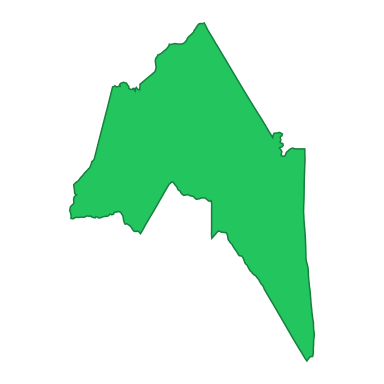 the district of São Mateus, Espírito Santo, Brazil
{"feature_id": "56859067B41614264111090", "entity_name": "São Mateus", "entity_type": "district", "adm_level": 2, "iso_a3": "BRA", "parent_name": "Brazil", "parent_adm1": "Espírito Santo", "projection": "equal_earth", "projection_center": [-40.024, -18.796], "detail": "fine", "context": "isolated", "style": "filled", "palette": "green", "viewbox_px": 384, "rotation_deg": 0, "n_neighbors": 0, "source": "geoboundaries", "source_scale": "gbopen_adm2", "svg_char_len": 5387}
<svg xmlns="http://www.w3.org/2000/svg" viewBox="0 0 384 384"><path d="M112.6,86.9L106.6,110.8L106.0,113.0L100.5,134.3L94.2,159.2L93.2,160.6L91.7,161.7L91.4,163.5L90.8,165.1L90.4,166.3L89.7,167.8L88.5,168.8L87.7,169.8L86.4,171.2L85.0,172.4L83.9,174.0L82.3,175.9L81.0,177.2L79.9,178.6L78.8,180.2L77.8,181.2L76.5,182.0L74.8,183.5L73.7,184.9L73.9,186.7L74.2,188.4L74.4,189.9L74.5,191.3L74.7,193.6L76.6,194.8L74.5,196.5L73.7,198.3L73.6,200.9L74.0,202.2L73.5,203.8L72.3,204.8L71.3,205.8L70.4,206.9L70.0,209.1L69.7,210.5L70.2,211.8L70.7,213.6L71.0,215.2L71.2,216.8L70.8,218.1L72.0,218.8L73.6,218.6L74.8,217.8L76.0,217.4L77.5,217.3L78.6,217.6L79.7,217.2L81.0,217.2L82.7,217.2L84.3,217.2L85.7,216.5L87.0,216.0L88.1,216.0L89.4,216.4L90.7,216.0L91.9,217.1L93.6,217.6L95.1,217.9L95.9,216.8L97.2,217.1L98.5,217.9L99.7,217.9L101.1,217.7L102.4,216.9L104.0,216.6L105.5,216.3L107.2,216.3L108.7,215.6L109.9,214.1L111.7,214.8L113.5,214.3L114.0,212.9L115.3,212.0L116.8,212.1L118.1,211.4L119.1,211.8L120.6,212.2L121.7,214.1L122.8,215.6L123.2,217.6L123.4,219.4L123.9,221.1L124.3,222.6L125.2,224.2L127.0,223.8L128.9,225.1L129.9,225.8L130.9,226.8L131.8,228.1L132.5,229.5L133.7,231.0L135.0,231.4L136.2,231.5L137.3,231.0L139.0,231.9L140.5,233.7L143.2,229.1L144.4,226.9L145.3,225.2L147.9,220.8L149.4,218.1L150.4,216.5L152.4,213.2L153.2,211.9L154.5,209.6L155.9,207.2L156.9,205.5L160.6,198.9L161.4,197.6L164.7,191.8L168.0,186.2L169.0,184.4L170.8,182.9L172.0,181.9L173.1,182.3L174.4,183.9L175.2,185.1L176.1,186.0L177.2,187.6L177.8,189.4L179.2,190.6L180.3,191.3L181.0,193.0L182.5,194.6L183.7,195.3L185.1,195.2L186.8,194.8L188.0,194.6L189.4,195.5L191.3,196.0L192.7,196.2L193.7,196.7L195.0,198.2L196.3,199.3L197.5,199.1L199.3,198.8L200.9,198.2L202.4,197.9L203.8,197.8L205.5,198.3L207.2,199.7L208.5,200.9L210.0,201.2L211.2,200.6L211.7,204.2L211.6,210.6L211.6,219.6L211.6,228.6L211.5,234.4L211.8,238.3L213.1,236.9L218.1,231.1L219.9,231.4L221.4,232.2L222.5,232.2L223.6,232.5L224.8,232.5L226.3,232.8L227.4,235.0L227.8,237.1L228.0,239.1L228.8,240.5L229.6,241.6L230.6,243.1L232.0,244.3L232.9,246.1L234.0,247.8L235.2,249.7L236.4,251.1L237.0,252.2L238.0,254.0L239.1,255.6L240.5,255.9L241.7,256.0L242.8,257.4L243.6,259.0L244.4,261.4L245.0,263.0L245.7,264.0L246.6,264.6L247.4,265.7L247.9,266.8L248.6,268.0L249.4,269.6L250.1,270.7L251.1,271.5L252.0,272.6L253.4,274.2L254.7,275.3L255.9,275.9L256.7,277.2L257.5,278.1L258.5,279.3L259.2,280.4L259.7,281.5L260.5,282.8L261.3,284.1L262.4,285.2L263.3,286.4L263.7,287.7L264.4,289.3L266.3,292.6L268.4,296.2L270.6,300.0L273.1,304.1L281.8,319.1L292.9,338.3L296.0,343.5L297.3,345.6L298.7,348.0L299.7,349.6L301.6,352.6L302.6,354.4L303.8,356.3L305.4,359.0L306.9,361.0L307.8,359.6L308.9,358.3L309.7,357.1L310.9,356.6L312.6,356.5L313.2,354.1L313.4,351.5L313.3,349.5L313.4,347.2L313.6,344.5L313.6,343.0L313.7,340.7L313.8,338.9L314.1,337.2L314.3,334.4L314.2,332.9L313.9,331.2L313.6,329.0L313.5,325.7L313.4,322.2L312.9,320.0L312.6,317.4L312.3,314.9L311.9,312.2L311.8,310.1L311.3,305.7L311.1,304.2L311.0,302.7L310.9,301.3L310.8,299.7L310.6,297.9L310.5,296.2L310.4,294.6L310.3,293.1L310.1,291.6L309.9,289.5L309.6,287.6L309.2,284.3L309.0,281.8L308.7,279.2L308.5,277.1L308.4,275.5L308.4,273.2L308.3,271.3L308.2,269.6L308.0,268.0L307.7,266.3L307.3,264.5L306.7,262.7L306.3,260.9L306.0,258.7L305.9,256.6L305.9,253.9L305.7,247.1L305.6,244.9L305.6,243.3L305.5,241.3L305.4,238.5L305.2,236.1L305.1,233.9L304.9,231.6L304.8,230.1L304.6,227.5L304.4,225.2L304.2,222.7L304.0,220.6L303.9,218.1L303.8,215.1L303.6,212.4L303.6,210.3L303.7,207.1L303.7,205.5L303.8,203.8L303.9,201.7L304.0,198.4L304.1,193.3L304.1,191.5L304.2,187.4L304.2,184.0L304.2,182.1L304.3,179.7L304.4,177.0L304.5,173.6L304.6,171.7L304.6,170.2L304.6,168.8L304.7,166.7L304.8,164.8L304.9,162.8L305.0,161.2L305.0,159.0L304.9,155.4L304.8,153.2L304.8,148.9L303.5,148.9L300.9,148.9L296.1,148.9L294.5,148.7L292.8,148.1L291.7,148.3L290.3,149.0L289.4,149.7L288.5,150.5L287.2,151.6L286.3,152.5L285.7,154.2L285.2,155.6L283.9,156.3L282.5,156.1L281.1,155.4L281.5,153.2L281.9,151.8L281.3,150.3L280.4,149.4L279.4,147.9L281.0,147.2L282.3,146.7L283.2,145.3L282.8,143.6L281.0,143.0L279.9,142.2L280.8,140.6L280.7,139.2L280.2,137.8L280.6,136.4L281.9,135.9L282.4,134.0L280.6,132.9L279.1,132.4L277.8,132.9L275.9,133.1L274.2,133.2L273.1,135.2L272.7,137.5L268.8,131.2L263.2,121.7L254.1,107.2L246.5,94.8L244.9,92.2L237.0,79.0L236.2,77.6L235.0,75.6L228.4,64.5L222.9,55.3L220.8,51.8L217.1,45.5L216.2,44.2L213.2,39.0L207.6,29.7L204.3,23.0L203.0,23.5L201.5,23.6L200.2,23.5L198.8,24.0L197.6,25.3L196.9,26.5L196.1,27.4L195.5,28.9L194.6,29.6L194.0,30.8L193.5,32.4L192.4,33.3L191.2,34.5L190.0,35.6L188.8,36.5L188.0,37.6L187.2,38.9L186.4,40.5L185.4,41.8L183.7,43.2L182.0,44.0L180.3,44.0L178.9,44.1L177.8,44.0L176.4,43.8L174.5,43.5L173.3,44.0L171.9,44.2L170.5,44.5L169.3,44.2L168.9,45.8L167.8,47.4L166.6,48.8L165.6,49.8L164.4,50.6L163.4,51.4L162.5,52.3L161.1,53.5L159.4,54.4L157.9,54.9L157.1,56.6L155.8,58.3L155.4,59.9L155.3,61.5L155.6,63.3L155.8,65.1L156.2,67.4L155.5,69.7L155.1,71.5L149.1,76.6L139.9,84.3L140.0,85.9L139.7,89.8L138.0,89.5L137.0,88.3L136.3,87.4L135.4,88.8L135.2,91.1L134.3,90.1L134.1,88.4L133.0,88.4L132.3,89.5L130.6,89.3L128.9,88.6L128.8,86.5L127.3,84.7L126.5,83.1L125.0,82.9L123.7,82.3L122.7,82.5L121.7,83.0L120.5,83.4L119.6,84.6L120.2,86.3L118.7,86.2L117.2,86.9L116.1,86.7L114.9,85.7L113.7,86.7L112.6,86.9Z" fill="#22c55e" stroke="#15803d" stroke-width="1.5"/></svg>